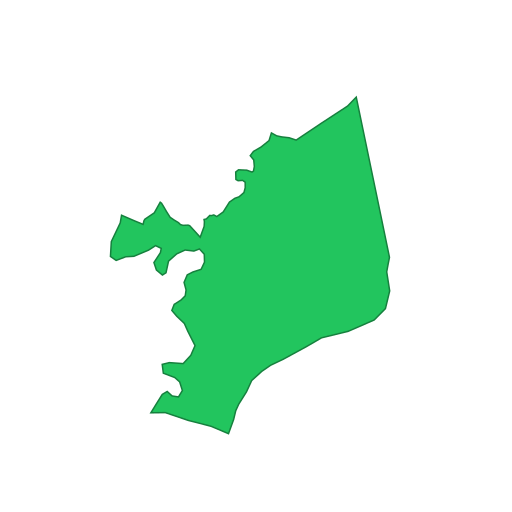 the district of Uvwie, Delta, Nigeria, rotated 113°
{"feature_id": "59680162B58427071840888", "entity_name": "Uvwie", "entity_type": "district", "adm_level": 2, "iso_a3": "NGA", "parent_name": "Nigeria", "parent_adm1": "Delta", "projection": "mercator", "projection_center": [5.787, 5.57], "detail": "fine", "context": "isolated", "style": "filled", "palette": "green", "viewbox_px": 512, "rotation_deg": 113, "n_neighbors": 0, "source": "geoboundaries", "source_scale": "gbopen_adm2", "svg_char_len": 1717}
<svg xmlns="http://www.w3.org/2000/svg" viewBox="0 0 512 512"><g transform="rotate(113 256 256)"><path d="M271.0,395.7L278.6,393.9L299.3,394.8L313.3,389.8L314.7,383.0L307.6,375.6L304.0,368.3L292.6,357.2L285.7,352.5L286.0,346.2L290.3,345.3L301.9,347.4L307.8,342.2L310.1,334.7L306.6,332.3L294.9,334.5L285.0,329.8L278.2,323.6L275.7,315.1L271.6,310.8L274.6,304.3L281.8,301.0L289.7,301.3L295.3,307.8L300.2,311.9L308.4,311.9L314.6,307.1L320.3,305.6L325.8,307.8L332.5,312.4L339.0,312.2L342.4,305.4L346.1,295.6L351.9,289.4L362.3,277.1L372.9,277.2L383.5,281.0L388.0,294.1L392.4,300.0L400.1,295.5L399.6,283.3L401.7,277.1L408.6,271.2L416.0,272.3L417.6,278.5L415.4,284.8L420.0,288.2L430.1,289.8L441.4,291.5L435.6,278.3L433.8,254.0L432.4,245.0L430.3,230.7L430.3,211.9L415.3,212.7L406.3,214.2L399.1,214.0L384.8,211.7L372.3,211.3L361.5,206.3L359.9,205.6L350.9,199.9L340.4,190.6L319.2,173.8L305.7,163.7L289.3,141.7L268.7,122.2L253.9,116.3L235.9,119.3L219.5,129.5L211.4,131.3L205.1,132.6L165.8,159.8L150.5,170.4L70.6,225.8L82.2,230.3L108.5,247.9L133.6,264.3L134.2,271.7L136.3,278.8L137.3,283.9L136.7,289.9L144.7,289.1L153.8,294.0L160.7,299.2L165.9,300.5L168.5,295.6L174.3,292.5L178.9,291.5L180.3,292.5L180.6,298.0L183.5,305.8L186.6,307.5L193.4,304.4L193.7,301.9L191.6,297.8L192.3,294.8L197.4,292.6L202.3,291.9L208.2,294.8L211.1,298.0L216.7,301.5L228.3,303.4L235.0,307.5L234.7,310.9L236.3,312.9L236.7,314.4L241.3,316.2L242.7,318.1L244.6,316.9L249.0,315.3L260.5,314.7L254.0,328.9L254.1,330.5L256.3,335.2L256.6,337.8L255.6,340.3L254.9,345.3L253.9,350.2L250.1,355.7L246.8,360.1L244.3,363.6L243.9,365.2L256.0,366.5L265.6,372.7L267.4,372.9L271.0,372.3L271.1,382.0L271.0,395.7Z" fill="#22c55e" stroke="#15803d" stroke-width="1.5"/></g></svg>